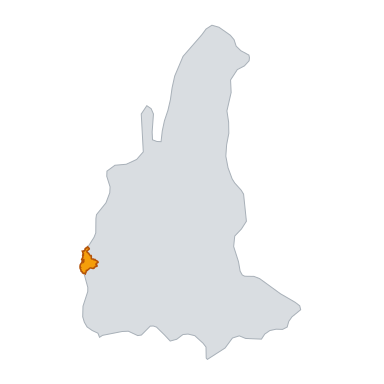 location of Luperon, Puerto Plata, Dominican Republic, rotated 271°
{"feature_id": "3306468B16106454484671", "entity_name": "Luperon", "entity_type": "district", "adm_level": 2, "iso_a3": "DOM", "parent_name": "Dominican Republic", "parent_adm1": "Puerto Plata", "projection": "mercator", "projection_center": [-70.936, 19.84], "detail": "fine", "context": "in_parent", "style": "filled", "palette": "amber", "viewbox_px": 384, "rotation_deg": 271, "n_neighbors": 0, "source": "geoboundaries", "source_scale": "gbopen_adm2", "svg_char_len": 4883}
<svg xmlns="http://www.w3.org/2000/svg" viewBox="0 0 384 384"><g transform="rotate(271 192 192)"><path d="M46.1,264.0L46.5,248.2L49.0,241.8L46.7,235.0L36.6,227.8L30.4,218.5L24.9,210.3L26.2,209.1L37.2,208.7L41.0,205.7L48.4,197.3L49.9,190.5L49.3,185.4L44.5,179.3L42.6,172.8L48.5,167.1L56.3,158.9L57.3,155.8L57.2,152.6L48.1,143.9L47.5,140.2L51.7,130.8L51.3,124.5L47.1,105.0L45.1,102.1L49.2,100.4L51.8,94.6L55.3,89.4L60.0,86.6L65.3,84.9L75.9,85.0L90.6,89.5L94.7,89.5L108.8,85.4L120.4,83.1L131.4,85.7L135.8,89.2L144.9,94.8L149.4,96.5L163.8,96.4L167.7,96.9L179.7,106.2L189.8,109.8L195.7,110.0L206.2,106.5L211.4,106.6L217.4,114.5L218.6,125.8L223.6,136.1L231.3,142.6L269.1,139.9L277.5,145.3L274.6,149.7L269.3,152.1L251.3,151.1L243.5,151.6L241.9,156.0L241.8,160.2L252.4,161.2L262.7,163.2L273.2,166.5L283.9,168.8L295.9,170.3L307.7,172.7L327.5,180.7L349.4,199.1L355.2,203.2L359.1,209.0L357.2,216.1L349.4,227.6L345.0,231.4L338.6,233.6L334.1,238.4L329.9,246.5L327.3,247.1L324.2,246.8L319.0,242.2L315.2,235.2L304.7,228.6L292.2,229.4L273.7,225.5L262.5,227.4L251.3,227.8L239.9,225.8L228.4,225.2L216.9,227.6L205.8,231.9L201.7,234.6L194.6,241.2L190.8,243.6L163.7,246.9L155.9,242.1L148.7,235.5L138.2,234.6L123.1,239.7L113.7,241.5L109.9,243.7L108.7,246.2L108.7,255.4L106.6,261.1L91.8,282.2L83.5,297.1L80.1,301.7L76.2,302.7L68.9,294.1L64.3,291.0L58.6,289.5L56.2,284.9L56.3,278.5L54.8,272.2L51.2,267.2L46.1,264.0Z" fill="#d9dde1" stroke="#a8b0b8" stroke-width="1"/><path d="M126.6,92.3L126.5,92.0L126.5,91.7L126.5,91.4L127.2,91.0L127.8,90.4L128.7,89.9L128.9,89.8L129.1,89.4L129.6,88.8L129.9,88.3L130.0,88.2L130.6,87.9L131.0,87.9L131.3,88.0L131.5,88.5L132.3,89.3L132.8,89.7L132.9,89.8L133.1,90.2L133.2,90.3L133.4,90.3L133.5,90.3L134.1,89.9L134.4,89.7L134.5,89.6L134.8,89.1L135.3,88.7L135.1,88.6L134.9,88.8L134.7,88.7L134.6,88.4L134.9,88.4L135.0,88.2L134.9,87.9L134.7,87.8L134.3,87.8L134.3,87.7L134.5,87.6L134.4,87.4L134.2,87.3L134.3,87.1L134.2,87.0L134.1,86.9L133.9,86.8L133.8,86.7L133.7,86.6L133.7,86.4L133.6,86.2L133.4,86.1L133.0,86.0L132.9,86.1L132.7,86.2L132.3,86.2L132.2,86.1L131.9,85.9L131.8,85.7L131.7,85.7L131.4,85.5L131.2,85.4L131.1,85.2L131.0,84.8L131.0,84.7L131.2,84.4L130.9,84.2L131.0,84.0L131.0,83.9L130.9,83.9L130.7,83.9L130.5,84.0L130.3,84.0L130.1,83.9L130.2,83.7L130.0,83.8L129.9,83.9L129.6,83.8L129.3,83.9L129.1,84.0L128.9,84.1L128.8,84.3L128.7,84.2L128.4,84.3L128.4,84.2L128.2,84.1L127.9,83.9L127.7,83.9L127.6,84.0L127.4,84.1L127.4,84.3L127.1,84.5L127.0,84.4L126.8,84.4L126.8,84.0L126.7,84.0L126.6,83.9L126.5,84.0L126.4,84.1L126.1,84.0L125.8,84.0L125.8,83.9L125.4,84.0L125.2,84.0L124.9,84.0L124.7,84.0L124.6,83.9L124.3,83.8L124.2,83.6L123.7,83.6L123.4,83.4L123.3,83.2L123.2,83.2L122.8,82.9L122.7,82.9L122.4,82.8L122.2,82.9L122.2,83.1L121.9,83.5L121.7,83.8L121.6,84.0L121.7,84.3L121.8,84.4L122.0,84.5L122.4,84.7L122.4,84.8L122.5,84.8L122.5,85.0L122.4,85.0L122.3,84.9L122.2,84.9L122.2,85.0L121.8,85.0L121.8,84.9L121.6,84.9L121.7,84.7L121.5,84.4L121.4,84.3L121.2,84.5L120.6,84.6L120.5,84.9L120.4,85.0L120.1,84.8L119.9,84.6L120.1,84.6L120.3,84.5L120.5,84.5L120.5,84.4L120.4,84.4L120.5,84.4L120.5,84.2L121.0,84.2L121.1,84.3L121.3,84.2L121.3,83.8L121.1,83.8L120.9,83.8L120.9,83.7L120.6,83.6L120.4,83.4L120.1,83.2L119.8,83.0L119.6,83.0L119.2,82.8L119.0,82.7L118.7,82.4L118.4,82.3L118.3,82.2L118.1,82.1L117.9,82.0L117.9,81.9L117.7,81.8L117.6,81.7L117.4,81.6L117.2,81.5L116.9,81.5L116.6,81.4L116.4,81.4L116.0,81.3L115.9,81.4L115.7,81.4L115.7,81.5L115.4,81.5L115.4,81.4L115.1,81.3L114.9,81.4L114.6,81.4L114.4,81.4L114.2,81.4L114.2,81.5L114.1,81.4L113.9,81.5L113.7,81.5L113.4,81.6L113.2,81.7L112.8,81.9L112.7,81.9L112.4,82.1L112.1,82.2L112.1,82.3L111.9,82.3L111.7,82.3L111.4,82.4L111.3,82.5L111.1,82.5L110.9,82.6L110.7,82.6L110.6,82.9L110.5,83.0L110.4,83.3L110.3,83.5L110.1,83.5L109.9,83.7L109.8,83.8L109.4,83.8L109.3,84.0L109.2,84.2L109.0,84.4L108.8,84.5L108.7,84.7L108.7,84.9L108.8,84.9L108.8,85.1L108.9,85.4L108.8,85.5L109.0,85.8L108.9,86.0L108.7,86.3L108.5,86.5L108.3,86.7L108.2,86.8L108.4,86.9L109.1,87.0L109.7,87.3L110.2,87.6L110.3,87.6L110.6,87.5L110.9,87.5L111.8,87.8L111.8,88.0L111.6,88.4L111.6,88.5L111.8,88.8L112.1,88.9L112.3,89.1L112.6,89.6L114.0,91.1L114.2,91.4L114.3,91.8L114.3,92.3L114.1,92.8L114.0,93.6L113.8,94.0L113.8,94.4L113.8,94.6L114.1,95.4L114.7,95.4L114.9,95.6L115.0,95.7L115.1,96.2L115.3,96.4L115.4,96.5L116.0,96.8L116.2,97.2L116.2,97.4L116.1,97.5L116.0,97.9L115.9,98.0L116.0,98.2L116.1,98.3L116.5,98.4L117.3,98.0L117.8,97.9L118.0,97.7L118.1,97.2L118.3,97.2L118.5,97.3L118.7,97.7L119.0,98.1L119.5,98.3L119.8,98.5L119.9,98.8L119.8,99.1L119.9,99.3L120.1,99.3L120.6,99.2L121.0,98.9L121.2,98.5L121.6,97.9L122.2,96.6L122.4,96.4L122.8,96.3L122.9,96.2L122.9,95.9L122.6,95.7L122.4,95.4L122.5,95.1L123.0,94.9L123.2,94.7L123.3,94.4L123.2,93.3L123.3,93.0L123.4,92.8L123.7,92.6L123.9,92.5L125.9,92.5L126.2,92.4L126.6,92.3Z" fill="#f59e0b" stroke="#b45309" stroke-width="1.5"/></g></svg>